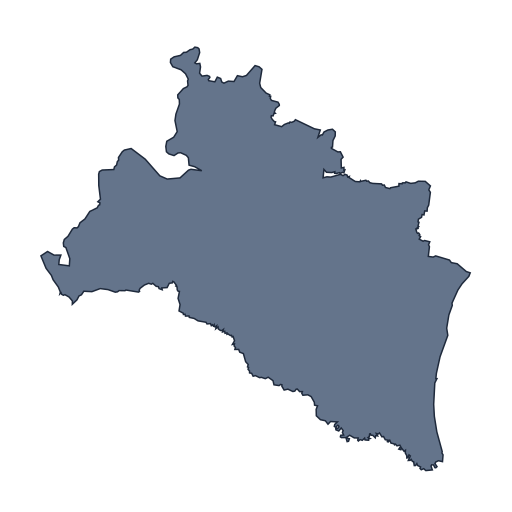 Tegal, Jawa Tengah, Indonesia, rotated 93°
{"feature_id": "22746128B39713682939315", "entity_name": "Tegal", "entity_type": "district", "adm_level": 2, "iso_a3": "IDN", "parent_name": "Indonesia", "parent_adm1": "Jawa Tengah", "projection": "orthographic", "projection_center": [109.163, -7.056], "detail": "fine", "context": "isolated", "style": "filled", "palette": "slate", "viewbox_px": 512, "rotation_deg": 93, "n_neighbors": 0, "source": "geoboundaries", "source_scale": "gbopen_adm2", "svg_char_len": 6024}
<svg xmlns="http://www.w3.org/2000/svg" viewBox="0 0 512 512"><g transform="rotate(93 256 256)"><path d="M304.0,449.8L302.9,448.8L304.4,448.1L305.3,446.3L304.6,444.8L306.7,440.6L310.5,437.0L313.8,436.9L309.2,432.5L305.2,430.7L303.9,428.3L300.2,426.1L300.2,418.0L296.7,409.9L297.3,402.0L299.5,394.6L299.0,392.4L297.7,390.9L297.5,385.0L296.8,384.1L298.2,371.4L297.4,370.4L296.3,370.9L294.4,370.1L290.8,365.9L288.9,361.8L289.6,359.0L288.7,357.6L291.5,354.1L291.7,351.9L293.6,351.1L294.6,347.9L292.8,348.4L292.2,343.1L287.8,341.2L287.2,338.1L285.7,337.8L286.1,336.7L289.5,333.9L290.2,334.5L291.0,333.2L293.9,332.9L295.2,332.0L295.4,330.6L302.4,331.6L308.5,329.3L314.9,330.0L316.9,325.7L318.2,325.4L317.9,323.8L319.7,323.3L319.4,319.8L320.8,319.4L321.6,314.5L323.8,310.5L324.8,302.4L326.4,301.4L325.9,297.9L327.9,297.0L326.9,295.9L328.1,295.0L327.0,294.2L328.5,294.1L328.9,293.2L327.7,291.7L330.7,292.3L328.8,290.2L330.8,289.8L332.2,287.7L332.3,286.2L331.1,284.8L333.6,285.4L332.8,283.3L334.8,282.9L334.3,281.0L335.7,280.9L335.3,279.9L336.8,277.4L336.5,276.3L338.1,275.6L337.6,274.6L341.8,273.0L345.5,274.9L344.9,272.9L346.9,273.2L348.5,271.7L350.4,272.2L350.2,268.4L352.9,267.2L354.1,263.5L362.1,260.8L364.8,258.1L367.2,258.7L367.7,257.6L369.6,258.0L371.1,256.5L373.1,256.3L373.4,254.2L376.2,252.6L375.5,250.3L377.3,246.0L376.9,244.2L378.0,240.3L376.4,237.5L379.6,232.5L383.7,231.3L384.2,226.2L383.0,224.7L383.2,223.4L384.8,223.3L388.4,220.9L387.3,217.2L389.4,212.1L388.9,210.2L386.9,208.9L386.7,207.8L389.2,205.3L389.0,202.6L390.7,203.1L392.6,201.9L391.9,197.0L393.5,193.6L399.0,190.1L401.9,189.7L402.4,186.7L406.0,187.9L412.4,187.4L416.1,183.1L416.9,178.1L420.2,175.3L417.4,172.9L417.4,166.0L420.1,168.6L422.1,168.9L423.0,167.1L420.8,165.8L421.0,164.7L422.3,164.2L423.8,165.3L424.2,167.3L425.4,167.1L426.4,164.2L423.3,161.9L425.8,159.8L427.6,160.5L430.2,159.1L430.6,162.0L432.2,162.3L432.9,161.2L432.6,156.7L436.6,155.3L436.2,153.9L433.6,153.2L433.1,155.6L431.9,155.6L430.1,153.1L432.5,148.4L432.4,144.4L434.6,144.8L435.4,144.1L433.9,142.5L434.5,140.2L432.2,138.0L434.0,137.5L434.1,133.9L432.8,134.0L432.3,132.6L431.4,134.6L430.3,133.4L427.7,133.2L427.5,132.5L428.9,131.8L429.0,129.9L431.3,127.4L429.1,127.1L429.3,125.1L426.9,126.6L427.3,124.5L426.2,123.4L430.0,120.8L429.6,119.2L432.7,117.3L433.0,114.6L434.5,115.1L434.8,114.3L433.0,112.8L435.8,111.4L436.3,108.4L437.3,107.8L436.6,106.8L438.2,105.3L437.4,102.4L438.7,101.6L441.4,103.3L441.9,101.2L440.1,100.7L443.3,97.9L442.2,96.6L444.9,96.6L447.5,95.0L449.8,94.8L449.5,93.8L446.6,92.8L447.6,91.4L452.2,93.2L452.0,91.3L451.0,90.4L453.0,89.0L453.2,87.8L457.0,87.0L456.9,85.7L454.9,84.5L456.8,83.6L458.0,80.6L459.5,81.1L460.8,79.8L459.6,77.4L461.4,75.2L460.4,68.7L456.7,70.2L455.4,69.7L455.3,67.8L458.0,66.3L458.1,65.4L456.9,64.2L453.9,66.4L452.3,65.7L450.9,63.1L451.6,59.0L444.8,58.8L443.0,60.0L441.6,59.8L422.2,66.2L406.8,69.5L394.8,70.8L373.4,70.8L369.0,68.9L369.0,70.0L363.6,69.7L346.9,66.9L325.2,60.3L318.1,61.8L304.7,60.3L295.1,57.4L292.8,57.8L279.4,52.6L273.0,48.8L265.2,42.4L261.6,41.2L260.5,45.2L253.2,54.7L252.4,60.6L249.9,62.6L246.5,76.6L247.8,79.0L247.4,83.9L237.6,83.3L235.8,84.3L232.7,83.2L231.7,88.5L232.5,89.9L230.6,93.9L228.0,92.6L227.1,94.1L226.0,93.6L224.5,94.8L224.9,95.9L224.1,96.6L220.8,97.8L219.8,95.0L219.6,96.6L218.1,95.0L217.5,95.8L213.8,95.0L213.4,96.0L210.7,95.7L208.7,92.7L205.9,92.3L206.2,90.4L202.2,89.9L202.2,87.5L198.8,87.4L196.2,86.2L183.3,85.2L180.9,86.9L176.9,85.5L172.6,90.9L172.8,97.8L174.6,100.8L175.4,105.3L174.1,110.1L175.1,110.7L175.3,113.6L176.2,113.8L176.2,117.0L178.8,117.0L180.8,125.2L181.7,125.8L180.8,130.3L178.4,131.6L178.7,133.4L177.4,134.4L177.4,143.3L176.8,146.2L175.2,147.7L175.5,149.5L174.6,150.2L176.0,155.2L175.3,155.6L176.5,156.2L176.4,160.8L172.7,167.3L171.7,167.0L172.3,168.6L170.4,169.3L169.8,171.4L171.2,173.3L170.0,175.8L173.3,185.5L173.2,189.3L174.4,193.1L166.0,192.7L168.7,190.0L168.7,184.7L167.7,181.7L169.3,181.8L169.4,180.2L168.4,176.9L169.2,176.4L167.9,173.9L168.3,172.6L165.4,171.8L165.7,172.7L162.9,172.8L163.6,175.4L155.0,176.1L152.7,174.2L147.5,177.2L147.8,179.7L144.6,186.3L143.6,186.4L143.2,185.3L136.7,185.2L132.0,183.2L127.9,183.3L125.4,186.3L126.4,190.8L128.6,194.6L131.6,196.0L131.6,197.3L134.3,200.4L126.8,198.4L125.9,204.4L117.8,223.8L119.3,224.7L120.7,227.3L120.4,229.1L121.7,229.8L121.4,230.7L123.2,234.6L125.5,237.1L123.9,244.3L121.0,243.5L120.8,244.8L118.6,247.0L116.7,248.2L115.1,248.0L115.2,246.3L112.7,245.5L112.5,244.2L111.5,245.2L110.2,245.0L107.4,243.9L104.5,240.6L103.3,240.7L101.2,242.1L99.8,248.7L97.9,250.0L95.8,249.7L95.8,250.9L94.3,250.6L92.8,254.4L87.5,260.1L83.3,261.4L69.3,259.8L66.9,262.8L65.9,266.9L76.2,275.0L77.7,278.9L76.9,284.0L82.9,287.1L82.8,292.8L85.1,297.1L84.0,299.3L80.6,300.6L79.4,304.0L84.2,306.2L83.4,312.4L82.2,312.9L80.1,311.4L79.1,311.8L78.2,314.3L79.2,319.3L76.4,321.9L70.1,321.3L66.6,322.2L67.2,325.5L66.3,327.2L63.2,324.9L55.8,322.9L52.2,323.7L51.0,325.1L50.6,328.0L52.7,330.0L53.4,332.6L56.2,336.2L56.5,338.9L59.6,341.9L61.4,348.2L63.9,351.5L67.2,351.6L71.3,349.0L74.0,340.5L77.7,335.9L82.9,332.9L84.8,333.5L89.2,332.8L90.7,333.8L92.6,337.3L99.2,342.6L102.2,342.3L103.7,340.8L108.3,340.4L118.5,343.4L125.0,344.0L135.9,341.2L141.7,344.4L146.1,351.1L151.3,351.8L156.6,350.9L158.6,348.4L160.0,343.1L157.2,339.3L156.8,336.7L159.1,330.9L161.4,328.7L168.8,327.6L170.0,322.0L173.7,314.6L172.8,325.5L173.8,327.9L182.0,336.0L183.8,348.7L181.0,356.2L165.1,371.7L155.2,386.3L157.1,393.0L158.9,395.0L164.8,398.5L167.5,398.2L168.9,399.4L172.5,400.0L174.4,402.0L177.1,402.5L178.2,414.1L179.9,416.8L182.5,417.4L193.8,416.7L207.4,414.3L210.1,416.8L211.1,414.6L213.1,414.8L213.6,415.9L216.2,417.1L220.2,424.3L228.0,428.8L232.0,433.5L236.0,434.9L237.3,436.2L237.3,439.1L238.8,440.8L246.2,444.8L249.5,448.3L253.0,449.1L256.5,448.5L257.5,446.3L268.4,441.8L275.6,441.9L274.8,452.5L270.0,452.3L265.3,450.9L265.7,457.7L262.4,464.4L267.1,470.8L279.3,465.0L286.1,459.3L290.3,457.4L297.3,451.8L302.3,449.5L304.0,449.8Z" fill="#64748b" stroke="#1e293b" stroke-width="1.5"/></g></svg>